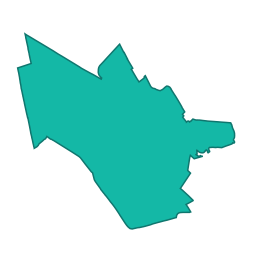 Mogosoaia, Ilfov, Romania, rotated 266°
{"feature_id": "2599482B61914387946285", "entity_name": "Mogosoaia", "entity_type": "district", "adm_level": 2, "iso_a3": "ROU", "parent_name": "Romania", "parent_adm1": "Ilfov", "projection": "robinson", "projection_center": [26.008, 44.535], "detail": "fine", "context": "isolated", "style": "filled", "palette": "teal", "viewbox_px": 256, "rotation_deg": 266, "n_neighbors": 0, "source": "geoboundaries", "source_scale": "gbopen_adm2", "svg_char_len": 4998}
<svg xmlns="http://www.w3.org/2000/svg" viewBox="0 0 256 256"><g transform="rotate(266 128 128)"><path d="M35.3,169.9L37.3,170.4L38.2,170.9L39.1,171.7L39.6,172.5L39.9,173.6L40.0,174.5L40.0,176.3L39.8,179.6L39.6,182.7L39.5,183.3L39.9,184.7L42.5,183.4L44.1,182.6L47.7,180.6L47.8,180.9L48.6,182.7L49.5,184.7L51.0,187.8L51.3,187.9L56.4,183.4L56.8,183.0L61.9,178.2L64.1,176.0L64.3,176.2L78.6,187.2L81.5,184.6L94.1,187.5L96.4,188.3L92.7,191.9L94.6,200.7L94.7,199.3L95.4,198.5L95.4,198.2L94.9,197.5L94.9,197.4L95.1,196.0L95.8,195.2L96.4,194.3L96.5,194.1L96.8,194.0L97.3,195.1L100.9,195.1L100.8,195.4L100.7,195.5L100.6,195.8L100.4,195.9L99.5,196.7L99.1,197.3L98.8,197.7L98.4,198.6L98.1,199.9L98.0,200.5L98.1,201.0L98.1,201.3L98.1,201.5L98.3,201.9L98.6,202.4L99.2,203.1L99.3,203.0L99.8,203.4L100.0,203.6L100.3,203.9L100.6,204.4L100.6,204.8L100.3,205.1L99.6,205.4L98.7,205.6L98.1,205.9L97.9,206.1L97.7,206.2L98.1,206.9L98.5,207.5L98.7,207.8L99.0,207.8L99.0,207.7L99.6,207.5L100.2,207.3L100.7,207.2L101.1,207.1L101.7,207.1L102.1,207.2L102.3,207.3L102.5,207.5L102.8,207.9L102.9,208.0L102.9,208.4L102.8,209.1L102.8,209.3L102.8,209.6L102.9,210.1L102.9,210.6L102.8,211.1L102.8,211.5L102.8,211.8L102.7,212.1L102.7,212.4L102.6,212.9L102.5,213.3L102.4,213.7L102.5,214.1L102.4,214.5L102.5,215.2L102.5,216.0L102.4,216.8L102.2,217.9L102.1,218.8L101.9,219.8L101.9,220.2L102.1,221.0L102.3,221.5L102.5,222.2L103.1,224.2L103.5,225.7L104.0,227.6L104.8,230.3L105.0,230.8L105.4,231.1L105.9,231.3L105.5,232.6L105.8,232.9L105.9,233.0L106.0,233.0L106.3,233.3L107.3,233.2L108.2,232.5L108.7,232.4L109.3,232.5L111.0,233.5L112.8,233.8L115.4,233.9L117.5,233.5L120.8,232.3L123.9,231.7L124.9,231.3L125.0,231.0L125.7,230.8L126.0,230.8L126.6,226.9L127.3,221.9L127.5,220.7L128.4,214.6L129.3,208.2L130.9,199.9L131.1,197.9L131.2,196.6L131.3,196.1L131.6,195.3L131.9,194.6L132.1,194.0L132.4,193.4L132.1,193.1L131.8,192.6L131.2,192.0L130.7,191.6L130.6,191.4L130.5,191.2L130.5,190.9L130.5,190.7L129.7,189.9L130.7,188.9L130.7,188.0L130.4,187.5L129.9,186.8L130.0,186.8L130.4,186.4L135.0,183.3L135.3,183.6L136.2,184.5L137.9,183.3L138.0,183.4L140.1,185.7L140.3,185.6L143.0,184.2L143.5,184.0L144.3,183.5L144.9,183.2L145.0,183.2L145.3,183.2L145.5,183.1L146.7,182.5L147.8,182.0L152.2,179.8L156.3,177.7L158.4,176.5L163.6,173.7L163.7,173.8L164.5,173.4L165.7,172.6L166.3,171.8L166.8,171.0L167.0,170.3L167.1,169.5L166.9,169.1L166.3,168.2L166.0,167.7L165.3,166.8L165.1,166.7L164.5,165.8L164.0,165.1L163.0,162.7L163.5,161.0L164.6,158.6L165.3,157.7L165.5,157.2L165.9,155.8L166.1,155.3L166.6,154.7L167.0,154.3L167.4,153.9L167.8,153.6L168.5,153.3L179.0,148.9L178.8,148.6L178.2,147.9L177.6,148.3L177.1,147.6L176.8,147.6L175.4,145.6L173.2,142.2L176.4,140.4L180.6,138.3L186.3,135.5L186.4,135.4L187.3,136.9L196.8,132.1L196.9,132.3L197.3,132.1L203.7,129.4L203.6,129.1L211.9,125.6L212.2,125.5L211.8,125.0L208.2,121.2L200.0,112.5L195.4,107.7L192.2,104.2L190.7,103.2L189.7,102.8L188.3,102.5L186.6,102.3L185.5,102.2L185.0,102.3L184.1,102.4L182.6,102.9L181.7,103.5L180.1,104.8L179.7,105.2L178.6,104.7L180.1,102.4L181.0,101.0L182.9,98.2L184.4,95.9L184.5,95.6L187.5,90.9L188.4,89.5L189.1,88.4L189.9,87.2L190.6,86.1L191.8,84.5L192.3,83.9L194.7,80.5L195.5,79.4L201.0,71.6L202.5,69.5L203.0,68.8L206.8,63.3L210.3,58.6L211.2,57.3L212.3,55.7L214.0,53.3L218.2,47.3L221.1,43.1L226.0,36.1L227.9,33.3L229.0,31.9L225.5,32.4L225.3,32.3L223.5,32.6L220.6,33.0L214.6,33.9L214.4,33.8L214.2,33.8L213.9,33.8L208.8,34.6L208.2,34.6L204.5,35.1L199.1,35.9L197.1,28.1L195.6,22.1L191.2,22.7L191.0,22.8L188.8,23.0L186.3,23.3L184.5,23.4L183.8,23.5L182.5,23.6L181.0,23.7L179.9,23.8L178.7,24.0L177.8,24.1L177.1,24.1L176.7,24.2L176.3,24.2L176.0,24.2L175.7,24.2L175.4,24.2L174.6,24.3L174.2,24.4L172.3,24.7L170.9,24.9L169.2,25.1L168.6,25.2L168.2,25.3L166.9,25.4L166.5,25.5L165.8,25.6L165.2,25.7L164.2,25.8L163.0,26.0L162.8,26.0L162.2,26.1L161.2,26.3L160.3,26.4L159.9,26.4L148.9,28.0L147.8,28.2L145.8,28.5L145.2,28.6L145.2,28.8L136.8,29.9L130.8,30.6L130.7,30.6L130.3,30.6L128.8,30.8L127.2,31.1L126.0,31.3L124.9,31.4L124.3,31.5L122.8,31.8L121.7,31.9L121.4,32.0L121.1,32.0L120.6,32.1L120.3,32.1L119.8,32.2L119.5,32.2L119.1,32.3L118.8,32.3L118.0,32.5L117.0,32.6L115.8,32.8L114.6,33.1L114.3,33.1L115.2,34.9L115.7,35.9L117.0,37.3L118.4,38.2L119.4,39.6L121.2,42.1L121.9,42.9L122.5,43.7L122.9,44.8L123.6,45.4L124.3,45.9L124.8,46.3L125.2,46.5L124.9,46.9L124.3,47.7L122.9,49.2L122.2,50.2L122.0,51.0L121.1,52.2L120.8,52.8L108.3,70.0L103.0,77.1L101.7,78.4L99.6,79.8L95.0,82.8L86.8,88.4L85.8,89.5L78.7,90.8L76.8,91.7L69.5,96.2L68.3,96.7L67.7,97.2L65.6,98.6L63.5,100.1L62.8,100.5L62.2,100.9L61.8,101.3L58.2,103.7L55.5,105.4L53.7,106.7L51.6,108.1L49.7,109.3L47.0,110.9L43.1,113.1L41.9,113.7L41.5,113.9L39.9,114.8L33.1,118.6L31.0,119.9L29.5,121.0L28.4,122.1L27.5,123.1L27.3,124.0L27.0,125.1L27.9,130.8L27.9,132.4L28.5,136.6L28.8,138.3L29.8,143.2L30.1,144.4L30.6,145.9L31.8,151.9L32.1,153.6L32.8,157.1L33.0,158.3L33.3,160.3L34.5,166.0L35.1,168.7L35.3,169.9Z" fill="#14b8a6" stroke="#0f766e" stroke-width="1.5"/></g></svg>